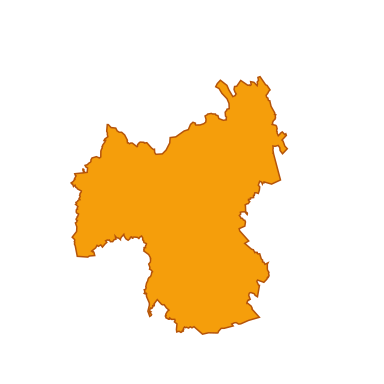 outline of Moate Lea-4, Westmeath, Ireland, rotated 25°
{"feature_id": "5873133B47178775343132", "entity_name": "Moate Lea-4", "entity_type": "district", "adm_level": 2, "iso_a3": "IRL", "parent_name": "Ireland", "parent_adm1": "Westmeath", "projection": "mercator", "projection_center": [-7.571, 53.503], "detail": "fine", "context": "isolated", "style": "filled", "palette": "amber", "viewbox_px": 384, "rotation_deg": 25, "n_neighbors": 0, "source": "geoboundaries", "source_scale": "gbopen_adm2", "svg_char_len": 6015}
<svg xmlns="http://www.w3.org/2000/svg" viewBox="0 0 384 384"><g transform="rotate(25 192 192)"><path d="M237.3,325.3L239.1,323.7L241.3,323.9L241.9,323.1L241.8,322.3L242.8,321.9L242.9,321.5L242.1,320.9L242.5,319.9L241.9,319.2L242.3,317.5L243.4,317.7L244.2,316.9L246.4,316.8L247.4,314.9L249.4,315.1L250.7,313.2L261.6,316.4L266.5,312.6L274.5,309.1L275.0,308.7L275.0,306.7L276.1,303.2L278.7,302.0L285.9,296.0L283.8,294.9L285.7,292.6L287.3,291.7L290.1,292.0L291.9,290.9L297.6,284.4L306.0,277.1L295.7,272.7L295.7,271.9L293.8,270.4L289.5,269.3L288.9,269.8L288.5,269.3L288.4,266.6L289.2,266.3L288.9,265.7L290.1,264.7L287.0,261.6L286.7,259.7L287.0,258.9L288.0,258.2L291.4,257.9L292.9,259.0L295.6,259.3L292.6,248.1L291.7,248.3L288.5,245.6L288.6,244.1L295.3,243.5L296.7,239.4L296.5,237.5L297.0,237.6L297.2,236.9L297.2,235.3L295.7,233.2L295.7,232.3L293.5,230.9L292.8,229.9L290.8,225.6L290.8,224.1L288.7,226.7L286.9,225.3L285.4,225.5L284.8,223.9L283.1,223.4L279.5,219.4L278.0,220.2L277.1,220.1L276.7,219.2L274.9,219.8L274.6,220.4L272.0,218.4L270.2,218.7L261.5,216.3L264.1,212.4L251.7,207.1L250.2,205.3L254.3,200.6L253.1,196.5L251.8,195.3L250.5,195.7L248.9,194.6L247.5,195.2L247.0,194.5L244.8,193.3L245.5,191.4L244.4,190.0L245.4,189.1L248.2,187.6L251.5,189.1L251.4,188.3L250.7,187.5L249.0,187.2L246.2,181.8L245.6,181.3L246.6,179.7L247.8,178.8L248.4,176.3L247.3,175.9L247.0,175.3L246.6,175.5L246.3,174.8L248.0,173.7L247.5,172.7L250.2,171.0L249.2,169.1L249.9,168.7L249.2,166.2L250.6,165.5L252.7,165.3L252.3,162.0L251.2,158.7L249.2,157.8L248.8,153.7L250.8,153.6L252.4,155.0L252.3,154.1L253.5,153.1L253.1,152.4L260.8,151.2L267.1,143.7L249.9,123.1L249.2,122.7L249.5,122.5L247.5,119.6L247.1,118.1L245.9,116.1L248.0,115.5L250.4,113.4L252.8,114.7L254.3,117.2L257.9,119.1L260.1,112.5L256.8,111.2L253.0,107.4L251.6,106.9L253.6,100.8L252.4,99.6L251.9,100.7L248.4,99.4L247.2,101.6L247.3,102.1L246.4,104.5L244.2,102.6L243.6,101.3L243.1,101.2L242.4,99.5L242.5,98.8L240.8,96.7L239.8,96.2L236.1,96.9L236.2,95.9L235.6,94.8L235.7,92.8L236.5,91.0L236.2,90.3L236.4,89.6L235.4,88.0L235.2,86.5L234.0,86.8L233.7,85.5L227.4,80.9L223.9,76.4L223.0,76.7L222.2,76.4L221.1,74.8L219.7,74.7L218.3,73.0L218.9,70.8L219.0,68.2L219.6,66.5L215.0,63.7L213.4,63.7L204.9,58.7L203.3,60.3L205.1,62.7L204.6,64.8L205.7,66.3L206.1,68.1L201.8,66.4L198.5,67.2L200.3,69.8L199.6,71.0L198.9,70.7L197.5,71.7L189.0,70.3L187.8,77.3L186.0,78.4L186.7,81.2L188.5,83.1L190.6,84.4L190.2,84.9L190.5,86.2L188.7,88.3L182.3,83.9L178.6,80.6L170.5,78.7L169.1,83.0L169.0,86.6L172.8,86.8L177.3,89.9L184.3,92.7L188.1,96.1L190.5,100.7L188.7,102.2L189.0,103.6L188.4,104.8L188.4,105.8L190.3,109.1L191.6,109.5L191.9,110.9L192.6,112.1L190.1,113.8L185.3,114.1L183.2,111.8L181.3,112.2L180.3,111.4L177.6,112.6L176.3,112.6L173.2,114.8L173.0,115.8L171.7,117.6L174.0,120.2L174.9,122.8L173.9,125.0L171.0,127.8L167.1,129.7L166.5,129.4L166.0,128.2L163.4,128.4L162.1,131.3L162.3,137.0L159.0,140.1L154.0,148.9L149.2,151.9L151.1,156.9L150.8,164.9L149.0,170.0L143.4,173.1L141.5,172.0L139.9,169.1L139.2,169.8L136.6,169.2L130.2,166.4L128.2,167.8L127.4,167.3L123.9,168.7L123.1,170.3L123.3,170.7L122.6,171.8L123.3,173.8L123.0,174.2L117.2,172.9L115.8,173.5L114.9,174.7L113.3,174.3L112.8,174.7L111.5,172.9L111.6,172.4L106.8,168.7L103.0,167.6L100.8,168.6L98.3,168.2L95.9,166.3L91.4,167.8L87.7,166.3L86.7,166.7L89.0,173.0L90.5,174.3L90.7,175.3L92.4,177.5L90.6,180.8L90.5,182.5L91.9,181.8L91.9,183.7L91.2,187.5L91.6,188.4L91.3,189.0L92.1,190.1L91.9,191.5L92.1,193.4L94.5,198.8L93.8,200.3L90.4,200.4L87.0,203.4L86.8,205.4L87.5,207.2L87.3,208.0L86.0,210.0L85.8,211.3L83.8,213.1L85.3,214.2L87.2,214.3L88.7,218.5L85.8,220.3L85.8,219.0L85.0,218.6L84.6,217.4L84.0,217.1L83.4,217.4L84.3,218.9L85.1,219.2L85.7,220.4L78.0,225.0L79.1,226.1L80.1,226.4L79.9,229.9L80.5,229.9L79.8,232.8L78.6,234.9L80.2,235.6L80.5,235.3L82.3,237.1L83.1,235.3L84.8,236.9L85.9,236.9L86.9,237.6L91.3,237.8L91.6,239.1L91.1,240.5L91.5,240.8L91.5,242.6L92.5,243.1L92.6,244.8L92.3,245.5L93.6,246.3L92.8,246.8L92.2,248.1L92.3,248.9L91.2,250.5L92.4,251.4L91.7,252.4L94.8,253.4L94.7,255.3L95.5,255.8L94.7,257.0L95.5,259.1L96.5,259.8L98.5,259.9L98.7,262.6L98.4,263.0L98.7,263.3L98.4,265.0L98.5,265.8L99.4,266.4L100.1,266.2L100.1,268.2L99.4,269.3L102.4,272.3L104.1,276.6L102.5,283.6L105.7,284.7L106.4,285.9L106.3,286.8L107.2,287.5L107.4,288.8L108.9,290.1L115.2,298.8L125.1,295.0L126.0,293.4L130.7,290.7L128.6,288.1L127.5,287.6L127.1,287.6L127.1,288.2L126.0,288.0L128.3,283.4L128.5,280.5L130.1,280.8L131.7,278.5L134.1,279.8L135.2,275.7L136.1,273.7L134.3,272.7L135.6,271.2L136.4,271.2L137.2,270.4L139.1,271.5L141.1,270.5L141.6,268.0L143.0,267.0L141.2,264.5L143.0,265.3L145.2,264.8L147.2,265.4L146.9,264.8L147.1,262.6L148.1,259.2L149.0,260.5L152.0,262.4L154.5,262.7L155.5,260.6L155.3,259.2L155.9,258.3L157.4,259.1L157.8,258.9L157.3,258.3L157.6,257.9L159.0,257.1L161.7,256.2L163.5,256.6L163.9,254.7L164.9,253.2L166.9,254.6L167.2,255.7L168.1,256.6L168.6,256.4L169.8,258.1L172.5,258.0L172.9,259.2L172.6,259.8L172.8,261.0L173.4,262.0L172.1,262.6L172.1,263.0L172.8,263.6L172.6,264.4L173.3,265.2L173.2,265.8L179.2,267.0L182.0,269.1L182.7,269.9L182.5,270.2L183.2,271.1L183.9,273.2L183.2,275.6L185.3,277.7L186.0,278.7L186.1,279.9L188.0,280.0L189.9,281.0L189.5,281.9L190.1,284.3L190.1,286.2L189.2,287.7L189.0,289.4L189.4,291.2L189.3,293.8L190.2,297.6L190.8,297.9L191.1,299.5L190.0,300.9L191.0,301.5L191.1,302.2L191.8,302.9L191.5,304.1L192.6,304.1L193.2,303.1L193.9,303.4L193.8,303.9L195.0,306.0L200.2,310.6L201.2,312.6L202.4,318.7L206.3,322.6L207.2,321.1L207.2,320.2L205.1,319.1L205.4,318.0L204.2,318.3L203.5,316.0L203.7,314.5L204.5,314.7L205.0,313.9L205.0,312.3L204.5,311.6L205.8,311.1L205.6,310.1L204.9,309.7L206.0,304.2L211.9,306.7L213.2,306.6L214.3,305.9L217.7,307.8L221.0,308.8L220.2,310.4L219.9,313.5L220.1,314.4L220.6,314.8L220.2,315.2L220.3,315.8L221.5,316.5L221.5,317.0L224.6,317.2L225.3,316.8L224.9,316.4L224.9,315.5L227.3,316.1L230.2,314.7L231.0,315.5L230.9,317.1L234.1,317.9L236.0,323.2L237.3,325.3Z" fill="#f59e0b" stroke="#b45309" stroke-width="1.5"/></g></svg>